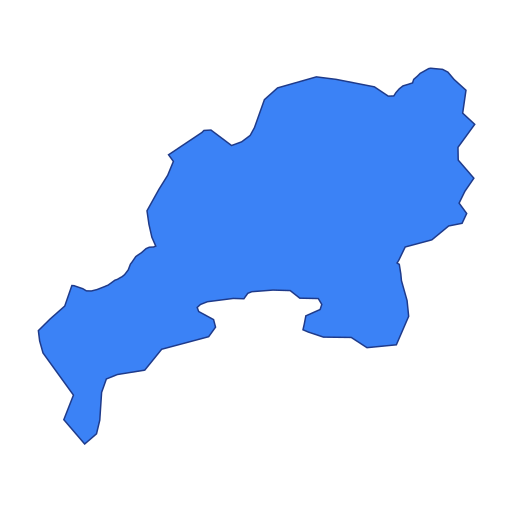 Koulikoro, Koulikoro, Mali (orthographic projection), rotated 184°
{"feature_id": "8926073B42356193702634", "entity_name": "Koulikoro", "entity_type": "district", "adm_level": 2, "iso_a3": "MLI", "parent_name": "Mali", "parent_adm1": "Koulikoro", "projection": "orthographic", "projection_center": [-7.329, 13.238], "detail": "fine", "context": "isolated", "style": "filled", "palette": "blue", "viewbox_px": 512, "rotation_deg": 184, "n_neighbors": 0, "source": "geoboundaries", "source_scale": "gbopen_adm2", "svg_char_len": 1778}
<svg xmlns="http://www.w3.org/2000/svg" viewBox="0 0 512 512"><g transform="rotate(184 256 256)"><path d="M183.1,179.8L155.3,181.4L138.9,172.3L109.8,177.2L99.5,206.5L102.2,222.1L109.2,241.6L110.3,248.2L112.5,257.7L113.9,258.3L114.8,258.9L113.3,261.7L107.8,275.4L81.7,284.4L65.9,299.4L52.7,303.0L48.8,313.1L57.1,322.9L52.2,335.0L44.1,348.8L60.9,365.7L61.1,367.1L62.1,378.5L47.0,402.6L59.8,412.9L58.1,436.0L65.1,441.5L70.7,445.9L77.4,452.8L82.9,455.2L91.4,455.4L94.8,455.5L96.8,455.0L102.1,451.5L104.9,449.7L107.5,446.7L111.0,443.2L111.9,439.6L115.6,438.1L115.8,438.0L118.5,437.0L119.8,436.5L121.2,436.0L124.5,433.0L124.8,432.7L126.4,430.6L127.9,428.6L129.6,425.4L130.3,425.2L135.2,424.7L149.7,433.0L188.4,437.8L208.3,438.9L246.2,425.2L258.5,412.6L266.5,383.9L270.2,375.9L278.3,368.9L288.1,364.5L309.7,378.5L316.7,377.6L318.5,375.5L350.3,350.9L345.0,344.6L349.7,330.4L357.4,315.9L367.9,293.5L365.0,280.1L361.2,267.5L356.7,258.9L358.8,257.8L359.9,257.7L363.1,257.3L366.2,255.7L369.7,252.1L370.6,251.2L374.1,248.5L375.9,247.0L379.3,241.2L380.7,239.1L382.5,233.2L385.8,228.2L388.4,225.8L389.5,225.2L392.7,223.0L395.1,222.0L401.3,216.8L401.7,216.5L403.7,215.6L404.1,215.3L412.3,211.4L417.9,209.6L422.8,209.4L426.5,211.3L429.9,212.2L434.4,213.4L435.4,213.7L437.6,213.7L437.8,213.0L443.3,192.7L456.8,179.0L467.9,166.4L465.9,156.2L461.7,144.4L428.4,104.5L436.3,79.3L413.8,56.5L402.7,67.5L400.4,81.3L400.5,109.2L396.7,122.9L386.0,128.1L359.0,134.4L343.6,156.4L297.6,172.2L291.4,182.2L293.9,189.6L309.3,196.6L311.1,200.6L308.0,203.8L301.3,207.0L275.7,212.1L265.1,212.5L261.6,218.2L257.7,220.1L236.7,223.2L219.5,223.9L209.4,217.0L190.9,217.9L187.0,212.3L188.3,207.1L202.1,199.8L203.1,191.4L204.0,185.7L198.6,183.8L183.1,179.8Z" fill="#3b82f6" stroke="#1e3a8a" stroke-width="1.5"/></g></svg>